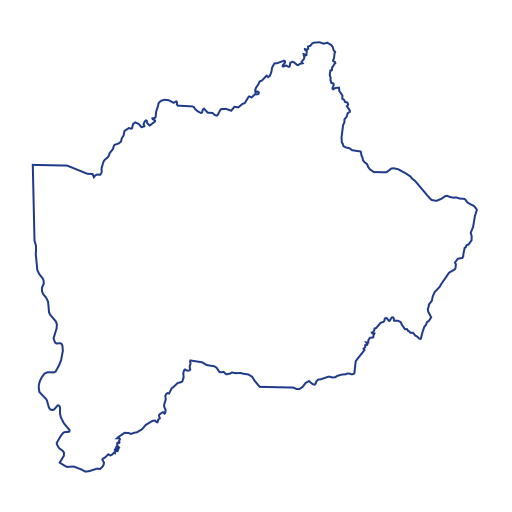 Urdaneta, Los Rios, Ecuador (Natural Earth projection), rotated 359°
{"feature_id": "8360857B13036239300316", "entity_name": "Urdaneta", "entity_type": "district", "adm_level": 2, "iso_a3": "ECU", "parent_name": "Ecuador", "parent_adm1": "Los Rios", "projection": "natural_earth1", "projection_center": [-79.377, -1.567], "detail": "fine", "context": "isolated", "style": "outline", "palette": "blue", "viewbox_px": 512, "rotation_deg": 359, "n_neighbors": 0, "source": "geoboundaries", "source_scale": "gbopen_adm2", "svg_char_len": 5988}
<svg xmlns="http://www.w3.org/2000/svg" viewBox="0 0 512 512"><g transform="rotate(359 256 256)"><path d="M291.0,388.2L294.5,389.8L297.0,389.8L300.3,387.7L303.4,383.8L306.8,382.0L310.4,385.1L312.4,385.7L313.6,384.2L314.2,382.4L316.0,380.6L318.3,380.5L326.1,378.0L327.4,377.9L330.0,378.8L333.3,378.6L334.6,377.5L339.4,376.1L343.9,375.8L344.8,375.2L347.5,375.2L349.4,376.0L350.7,375.9L352.3,375.0L353.9,362.8L362.8,351.9L361.9,350.7L363.6,349.2L363.6,347.1L365.7,346.7L365.8,346.2L364.6,344.3L366.7,344.5L366.9,342.1L368.5,339.8L371.8,339.4L372.1,337.3L373.0,335.7L370.9,335.4L370.5,334.6L372.1,334.2L372.0,333.6L372.8,332.8L373.3,330.5L374.8,330.2L379.3,325.1L382.6,323.9L383.3,322.8L383.6,321.0L384.1,320.5L385.6,320.4L387.9,323.3L388.5,323.1L390.7,319.8L391.9,319.7L392.8,321.1L392.9,323.1L396.8,323.2L399.6,324.7L400.6,327.2L403.7,331.8L405.6,331.7L406.7,333.5L408.0,334.2L408.9,335.4L411.7,335.6L413.7,338.2L416.0,339.6L417.4,341.2L418.7,341.8L419.4,341.5L421.2,334.8L423.2,329.4L424.8,327.8L425.6,325.4L428.0,323.6L430.1,320.3L427.2,314.7L426.8,312.0L427.9,309.3L428.0,307.6L431.0,303.9L432.1,299.2L434.1,295.1L439.4,289.7L440.2,288.0L448.8,276.0L454.6,272.8L455.2,271.7L455.7,267.8L454.8,266.0L457.8,262.2L462.3,261.6L463.2,259.9L463.3,258.1L464.8,251.4L465.9,250.9L466.7,248.9L468.7,248.3L471.8,244.0L472.0,240.0L471.1,236.5L473.6,230.6L475.6,219.8L477.6,213.9L477.1,212.6L474.9,209.9L468.9,206.6L467.8,205.6L466.3,203.2L465.2,202.5L460.5,202.1L457.5,201.0L454.2,201.1L451.1,200.4L448.2,199.2L446.5,199.3L442.1,202.2L437.2,204.0L432.7,203.1L430.8,201.4L416.5,183.9L413.5,181.4L411.7,179.1L407.5,176.2L399.8,171.8L395.3,170.7L392.8,170.9L388.8,174.0L387.1,174.6L375.3,174.1L371.5,171.4L369.7,169.0L368.7,166.1L366.0,164.0L364.6,162.0L364.2,159.6L363.2,157.3L362.7,153.8L362.2,153.3L353.9,151.9L351.4,149.9L347.6,149.0L345.2,147.5L344.8,145.4L343.8,144.0L343.6,139.0L345.4,126.5L346.7,124.0L346.9,120.8L348.9,118.6L350.2,114.8L352.3,113.5L352.5,112.4L349.5,107.8L350.8,106.3L350.2,104.5L349.6,103.9L347.9,103.7L346.7,101.3L345.0,100.2L345.2,97.0L342.2,92.5L341.9,89.1L338.3,89.4L336.1,90.7L335.4,90.1L335.6,88.8L336.5,87.1L336.7,85.4L336.2,84.7L334.6,84.5L334.1,83.9L334.1,82.8L333.5,81.4L333.8,79.2L333.0,77.0L333.0,75.2L333.6,71.8L335.1,71.6L335.4,68.7L336.4,67.7L337.7,65.3L338.7,64.6L338.4,63.5L336.6,62.4L336.4,61.8L337.4,59.7L338.1,54.6L338.7,53.3L337.3,51.8L336.3,48.3L335.0,46.4L331.0,44.0L327.6,44.9L323.2,43.4L317.7,43.7L315.7,44.6L313.9,46.9L311.7,47.4L311.8,49.5L311.4,50.2L310.6,50.5L308.5,50.0L308.5,50.6L310.3,52.0L309.9,56.1L308.8,56.4L307.6,55.0L307.1,54.9L307.8,58.6L307.2,60.0L305.0,62.7L306.0,64.1L303.1,64.7L301.5,65.9L300.3,65.6L297.4,63.0L295.8,62.4L293.6,63.5L293.1,66.7L292.5,67.4L291.7,67.4L289.4,66.0L286.3,67.1L285.9,66.6L286.3,65.5L288.5,63.0L288.3,61.7L287.6,61.2L280.5,63.6L277.7,63.8L275.4,67.9L274.6,72.1L273.1,76.0L271.3,77.4L269.7,75.9L265.1,80.6L262.6,81.6L261.3,84.5L258.9,87.8L258.2,89.8L258.1,91.9L258.5,92.3L260.0,91.5L261.2,92.0L261.7,92.7L261.3,93.9L259.9,94.4L257.8,94.3L254.3,97.4L252.3,96.4L251.5,96.5L247.4,102.9L245.0,103.8L240.9,107.1L237.0,106.4L233.8,110.3L228.6,108.4L223.8,108.5L222.7,109.6L220.1,114.4L219.3,115.0L217.4,114.4L214.9,112.2L210.3,111.9L206.6,107.8L205.4,108.6L204.7,111.5L203.3,112.0L200.1,110.2L197.3,107.6L196.5,105.9L194.8,105.3L180.4,104.3L179.5,103.2L179.7,100.8L178.9,100.0L176.3,101.4L171.4,98.7L167.0,98.2L163.8,99.2L162.3,100.3L161.2,101.6L160.8,103.9L158.6,110.1L158.1,115.3L157.6,116.0L154.8,116.6L155.1,117.4L157.4,118.7L157.5,119.4L157.0,120.1L151.9,123.7L149.5,121.1L149.1,118.8L148.2,118.5L147.0,119.7L145.9,122.4L146.7,123.8L146.6,124.4L143.8,125.2L140.9,121.9L137.6,120.3L135.5,121.8L134.1,126.3L133.3,126.6L131.2,125.8L126.6,128.8L125.8,133.1L123.9,135.8L123.0,139.3L120.6,141.1L116.5,142.4L115.6,143.9L114.9,146.5L111.3,150.8L110.8,152.9L109.4,154.8L106.7,157.0L105.3,158.7L103.1,165.5L103.2,168.7L102.8,170.4L101.6,172.1L98.4,171.8L96.5,172.8L95.3,174.4L94.0,171.2L88.7,170.8L68.7,162.3L34.4,161.0L34.8,236.8L36.2,242.0L36.1,248.4L35.8,249.4L37.1,266.2L39.0,270.4L42.3,274.6L43.1,276.5L43.4,279.7L41.4,284.0L41.4,287.5L42.8,290.8L45.3,293.8L47.3,298.0L48.1,308.8L49.2,311.2L54.7,317.9L55.7,320.7L55.4,324.8L52.2,334.6L52.5,336.2L53.6,339.0L54.9,340.0L58.4,339.8L59.9,340.2L60.9,342.3L61.2,347.7L59.3,356.7L57.2,361.8L53.6,368.1L51.8,368.9L45.7,368.6L42.6,369.8L39.8,373.3L37.7,377.3L36.6,381.4L36.5,384.1L37.1,388.3L43.7,395.4L44.5,397.0L46.0,402.9L46.7,404.6L47.9,406.0L49.5,406.4L51.3,406.1L55.1,401.9L56.0,401.9L56.9,402.7L57.4,404.2L57.3,409.9L58.0,413.8L61.0,419.9L66.5,426.7L66.5,427.7L66.0,428.5L61.3,428.8L59.8,429.8L57.3,433.0L53.5,439.4L53.6,440.8L55.7,444.6L59.6,447.7L60.6,449.4L60.4,452.3L56.1,459.2L62.2,463.1L63.9,463.6L69.9,463.3L77.3,466.2L81.5,468.6L85.5,468.2L93.4,465.8L96.3,466.3L99.1,463.6L100.1,461.8L100.4,460.0L98.8,456.9L99.3,456.0L101.3,455.0L104.9,451.7L106.9,452.9L108.9,451.9L110.6,450.2L111.5,450.7L111.6,449.0L112.7,448.8L111.5,447.2L112.4,446.2L113.0,444.5L113.5,444.7L113.7,448.2L114.1,448.6L114.5,448.3L115.0,446.3L115.8,445.1L113.9,443.2L114.0,440.5L114.7,440.1L115.6,440.7L116.2,440.3L115.9,438.6L116.8,436.7L116.1,435.8L113.9,435.8L115.3,434.6L121.5,430.5L125.8,430.8L127.7,431.8L131.1,430.6L133.9,430.2L139.1,427.2L142.8,423.0L149.6,419.0L152.2,418.8L153.8,420.4L154.6,420.5L155.4,417.9L157.0,416.7L156.2,414.0L156.6,412.8L160.2,410.5L160.9,410.7L161.7,412.1L162.0,412.0L162.6,410.9L162.9,408.2L161.9,406.0L161.4,403.7L163.3,397.6L162.9,394.5L163.6,392.6L165.2,391.5L166.7,392.0L169.4,386.7L170.8,385.9L175.5,381.6L179.1,380.8L180.2,379.9L181.5,376.2L181.3,371.7L182.1,369.0L183.0,368.2L184.8,369.3L186.5,369.5L187.6,369.1L188.3,368.2L187.7,365.6L188.7,362.3L188.2,360.3L188.6,359.3L200.5,361.4L204.8,364.2L212.3,365.5L214.6,367.0L217.4,371.3L219.3,371.7L221.6,371.3L224.2,373.8L227.8,373.2L230.0,372.0L233.3,372.8L238.5,372.7L241.6,373.6L246.2,374.3L250.1,376.7L252.3,380.5L257.4,386.9L291.0,388.2Z" fill="none" stroke="#1e3a8a" stroke-width="2"/></g></svg>